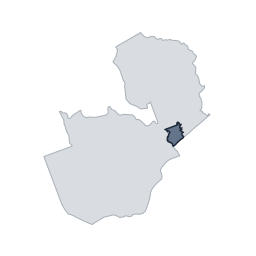 location of Nyimba, Eastern, Zambia, rotated 340°
{"feature_id": "96606910B94036775861358", "entity_name": "Nyimba", "entity_type": "district", "adm_level": 2, "iso_a3": "ZMB", "parent_name": "Zambia", "parent_adm1": "Eastern", "projection": "robinson", "projection_center": [30.526, -14.393], "detail": "fine", "context": "in_parent", "style": "filled", "palette": "slate", "viewbox_px": 256, "rotation_deg": 340, "n_neighbors": 0, "source": "geoboundaries", "source_scale": "gbopen_adm2", "svg_char_len": 6499}
<svg xmlns="http://www.w3.org/2000/svg" viewBox="0 0 256 256"><g transform="rotate(340 128 128)"><path d="M167.1,171.8L157.0,171.8L153.3,172.7L150.3,174.1L146.7,176.3L144.6,177.8L144.1,178.6L143.8,180.4L143.8,183.3L143.4,185.3L142.3,187.2L136.9,189.5L133.3,191.3L129.8,193.5L127.2,196.3L125.4,199.8L122.4,204.2L116.2,211.9L112.5,213.4L109.5,213.0L105.8,211.4L102.9,211.1L100.7,212.1L98.7,211.8L96.8,210.2L95.3,209.6L94.1,210.0L92.5,209.9L89.5,209.1L87.0,206.3L85.6,205.2L84.6,204.7L81.6,204.3L74.7,203.6L67.5,205.0L61.2,206.4L54.7,200.3L48.4,193.7L47.1,192.1L44.8,189.9L43.1,188.9L42.4,188.3L40.7,182.5L39.7,177.2L39.2,126.0L67.5,126.0L69.3,125.8L69.4,125.2L68.1,122.5L68.1,121.5L68.5,119.7L69.7,115.9L69.8,114.7L69.2,110.7L69.2,108.4L69.5,103.9L69.3,102.3L70.0,100.3L70.2,98.9L70.4,98.3L70.1,96.8L69.5,91.3L69.2,89.1L70.9,89.4L71.4,90.5L71.8,91.7L72.5,91.8L74.6,92.5L75.3,93.5L75.7,95.7L75.5,96.8L74.8,97.7L75.5,98.5L76.8,99.1L77.6,98.9L79.9,97.4L82.0,96.9L83.1,96.5L87.7,95.5L88.7,95.0L89.3,95.0L89.8,95.4L89.4,96.9L89.2,98.3L89.8,100.9L90.3,102.1L91.3,103.0L92.0,103.4L92.8,104.4L94.4,104.2L98.0,105.5L99.1,106.1L100.6,106.7L101.7,107.0L105.4,107.4L109.3,108.1L111.3,108.2L112.7,108.0L113.7,107.6L114.4,107.2L114.6,106.9L116.1,102.0L116.8,101.6L117.8,101.3L118.4,101.8L119.0,104.9L121.9,107.7L122.8,110.0L123.5,112.0L124.2,112.6L125.2,113.3L126.9,113.5L128.5,113.6L136.1,117.0L136.9,117.6L137.9,119.4L138.4,121.5L139.0,123.1L140.0,123.4L140.9,123.6L141.8,124.7L142.4,125.6L144.7,129.7L145.0,131.3L146.1,132.4L147.6,132.8L148.9,132.9L149.7,132.4L151.7,131.6L153.2,130.6L154.3,130.3L154.9,130.5L155.4,131.1L155.8,133.1L156.8,133.8L157.6,133.6L157.9,132.8L158.0,132.4L157.9,111.3L157.2,111.5L156.4,112.1L154.4,112.1L153.6,112.6L153.3,113.3L153.5,114.1L153.5,115.3L153.2,115.9L152.3,116.1L151.1,115.6L148.8,115.0L146.8,114.7L145.4,113.1L143.6,110.7L142.3,109.5L139.4,107.0L138.9,106.5L138.0,105.4L137.2,103.4L136.4,101.1L136.0,99.7L136.8,97.4L138.5,90.1L138.9,87.9L140.3,85.6L140.4,83.5L139.8,80.8L140.0,79.4L140.1,71.0L139.7,68.4L138.8,65.5L136.6,61.4L136.6,60.5L139.9,57.9L140.9,56.9L142.6,54.7L143.8,52.9L144.5,51.4L144.8,49.5L144.2,47.7L145.3,47.4L172.5,42.6L172.9,43.9L173.7,46.0L174.6,47.5L175.8,48.8L176.8,49.7L177.4,49.9L181.6,49.8L183.1,50.6L184.4,51.7L184.8,53.3L185.6,54.3L186.5,55.0L186.9,55.1L187.6,54.9L188.7,54.9L189.8,55.3L190.3,55.6L190.3,57.0L190.6,57.6L192.1,57.8L193.5,57.9L194.9,58.8L196.4,59.0L198.1,59.3L198.9,60.3L200.8,61.3L203.1,62.2L205.5,63.7L205.6,64.1L206.0,65.0L206.5,65.6L206.5,66.6L206.7,67.4L207.3,67.6L207.9,67.7L208.4,67.1L209.0,67.1L209.7,67.5L210.0,68.5L210.6,69.8L211.5,70.7L212.1,71.6L211.9,73.2L211.5,74.6L212.7,76.1L214.4,77.4L214.8,78.0L214.9,80.1L215.2,80.7L216.3,82.4L216.8,83.5L216.8,84.2L213.8,87.5L212.0,88.0L211.2,88.7L210.7,89.4L211.9,92.8L212.5,94.0L212.0,95.6L210.8,98.3L210.2,98.5L210.1,100.6L210.5,101.3L211.1,101.9L211.3,103.3L211.3,106.7L210.5,110.6L211.8,114.0L212.3,114.3L214.1,114.4L214.4,114.7L214.0,115.6L212.7,117.1L210.3,118.3L207.0,119.6L206.3,120.8L205.8,122.6L206.2,123.6L206.6,124.2L206.5,125.8L206.2,127.4L206.3,128.7L206.1,129.9L205.7,130.4L205.1,132.2L204.4,133.9L203.8,134.7L202.9,135.5L201.6,136.2L201.6,136.5L203.1,137.3L203.5,137.9L203.7,138.3L203.0,139.2L203.7,139.7L204.6,140.1L205.4,141.3L206.3,143.5L206.5,143.7L207.2,143.5L208.2,142.6L208.8,142.3L209.6,143.5L195.5,148.9L192.2,150.0L187.3,151.9L185.7,152.6L184.4,153.3L171.3,157.5L169.2,158.3L164.6,160.5L164.4,160.8L164.5,161.8L164.9,163.8L165.7,165.6L166.4,166.7L166.8,169.4L167.1,171.8Z" fill="#d9dde1" stroke="#a8b0b8" stroke-width="1"/><path d="M164.3,160.6L166.9,159.9L168.4,159.0L171.4,157.7L173.2,157.0L176.2,156.2L177.3,155.2L177.2,154.8L177.2,154.7L176.9,154.5L176.9,154.4L176.8,154.2L176.7,154.0L176.7,153.9L176.5,153.7L176.5,153.4L176.5,153.2L176.4,153.0L176.4,152.6L176.6,152.2L176.8,151.7L177.8,150.9L177.8,151.0L178.0,151.0L178.4,151.0L178.4,150.9L177.1,149.2L176.8,149.1L176.8,148.9L176.7,148.7L176.4,148.5L176.4,148.4L176.2,148.2L176.3,148.1L176.5,148.2L176.6,147.9L176.7,148.0L176.9,148.0L177.1,148.0L177.3,148.0L177.4,147.9L177.4,147.6L177.4,147.4L177.5,147.2L177.8,147.0L177.9,146.9L178.0,146.8L178.0,146.7L178.1,146.8L178.1,146.7L178.3,146.4L178.0,146.4L177.8,146.4L177.7,146.4L177.6,146.2L177.4,146.2L177.2,146.2L177.2,145.9L177.1,145.7L176.9,145.5L176.9,145.4L176.8,145.5L176.7,145.4L176.8,145.1L177.3,144.3L177.4,144.2L177.5,144.2L177.8,144.0L177.8,143.8L177.7,143.7L177.8,143.7L177.8,143.8L177.9,143.7L178.0,143.6L178.2,143.3L178.4,143.3L178.7,143.1L178.8,143.0L178.9,142.9L178.5,142.8L178.3,142.8L178.1,142.7L178.1,142.4L177.9,142.3L177.8,142.2L177.7,142.1L177.7,141.9L177.7,141.5L177.5,141.4L177.4,141.3L177.5,141.2L177.4,141.1L177.2,140.9L177.3,140.7L177.2,140.7L176.9,140.4L177.0,140.4L176.9,140.3L176.9,140.1L176.9,139.9L176.7,139.9L176.7,139.7L176.5,139.8L176.4,139.9L176.2,139.9L175.9,139.9L175.9,140.0L175.9,140.5L176.0,140.6L175.9,140.8L175.5,140.8L175.4,140.8L175.3,141.1L175.5,141.4L175.4,141.5L175.1,141.3L174.9,141.5L174.6,141.8L174.6,142.0L162.9,142.1L162.5,142.1L162.6,142.3L162.8,142.4L162.8,142.5L163.0,142.6L163.4,142.8L163.5,143.0L163.4,143.1L163.5,143.2L163.5,143.4L163.6,143.5L163.6,143.8L163.5,144.0L163.8,144.4L164.0,144.4L164.0,144.5L164.1,144.4L164.2,144.5L164.5,144.6L164.9,144.6L165.0,144.6L165.1,144.8L165.2,145.0L165.2,144.9L165.2,145.0L165.3,145.0L165.5,145.1L165.4,145.1L165.5,145.2L165.5,145.3L165.6,145.5L165.7,145.8L165.8,145.9L165.8,146.0L165.7,146.0L165.8,146.2L165.9,146.3L165.9,146.5L165.7,146.5L165.4,146.5L165.2,146.8L164.9,147.1L164.7,147.2L164.5,147.3L164.4,147.4L164.4,147.5L164.2,147.9L164.1,148.0L163.8,148.3L163.7,148.4L163.7,148.5L163.5,148.8L163.4,148.9L163.3,149.0L163.2,149.3L163.1,149.6L162.9,149.8L162.8,149.7L162.7,149.6L162.4,149.6L162.2,149.7L162.1,150.0L162.1,150.3L162.1,150.5L161.9,150.6L161.7,150.6L161.5,150.9L161.5,151.1L161.5,151.3L161.4,151.3L161.3,151.5L161.4,151.8L161.3,152.0L161.1,152.1L161.0,152.3L161.2,152.5L160.9,152.8L160.9,153.0L160.7,153.3L160.8,153.6L160.9,153.9L161.0,154.0L161.1,153.9L161.3,154.1L161.2,154.5L161.6,154.8L161.8,154.9L162.0,155.2L161.9,155.3L162.0,155.4L162.2,155.5L162.3,155.5L162.5,155.5L162.6,155.8L162.8,155.9L162.8,156.0L163.0,156.3L163.2,156.6L163.3,156.7L163.4,156.8L163.5,156.8L163.8,157.1L163.8,157.3L164.0,157.4L164.1,157.5L164.2,157.9L164.2,158.0L164.3,158.4L164.2,158.5L164.2,158.8L164.1,159.1L164.1,159.4L164.2,159.5L164.2,159.8L164.3,160.1L164.3,160.3L164.3,160.5L164.3,160.6Z" fill="#64748b" stroke="#1e293b" stroke-width="1.5"/></g></svg>